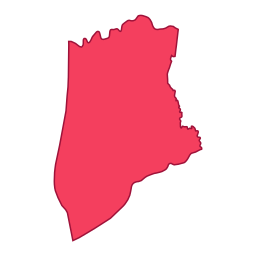 the district of Phu Tan, Cà Mau, Vietnam
{"feature_id": "81297802B51702434363712", "entity_name": "Phu Tan", "entity_type": "district", "adm_level": 2, "iso_a3": "VNM", "parent_name": "Vietnam", "parent_adm1": "Cà Mau", "projection": "equal_earth", "projection_center": [104.939, 8.879], "detail": "fine", "context": "isolated", "style": "filled", "palette": "rose", "viewbox_px": 256, "rotation_deg": 0, "n_neighbors": 0, "source": "geoboundaries", "source_scale": "gbopen_adm2", "svg_char_len": 4829}
<svg xmlns="http://www.w3.org/2000/svg" viewBox="0 0 256 256"><path d="M173.0,26.4L172.2,26.3L170.5,26.0L169.0,26.2L168.1,26.7L165.5,28.2L163.0,28.9L159.9,29.1L157.8,29.5L156.6,29.4L155.7,29.3L155.0,28.9L154.4,28.5L153.9,27.9L153.2,26.8L152.6,25.6L151.6,22.4L150.1,19.7L148.8,18.2L147.9,17.5L145.8,16.6L142.6,15.6L141.2,15.4L140.2,15.4L138.7,15.7L138.1,16.0L137.6,16.7L136.6,18.1L135.8,19.2L135.0,20.0L133.6,20.6L132.5,20.8L131.3,20.8L129.2,20.3L128.1,20.5L127.3,20.9L124.6,22.9L123.0,24.2L122.4,24.9L122.2,25.4L122.0,26.0L121.7,27.6L121.5,29.4L121.2,30.4L121.0,30.9L120.7,31.3L120.3,31.4L120.0,31.3L119.1,30.6L118.3,29.6L117.6,29.1L117.1,28.8L116.7,28.8L116.3,28.8L114.8,29.3L113.6,29.6L112.3,29.5L111.4,29.5L110.8,29.7L110.4,30.1L110.2,30.5L109.9,31.5L109.8,32.1L109.7,33.2L109.4,36.1L109.1,37.0L108.7,37.5L108.1,38.0L107.1,38.4L104.8,39.1L103.4,39.4L102.0,39.2L101.5,38.8L101.1,38.3L100.7,37.3L100.2,35.1L99.6,32.9L99.2,32.0L98.7,31.6L98.3,31.5L97.8,31.4L97.1,31.6L96.4,32.1L94.5,34.3L92.7,36.4L92.1,37.4L91.2,39.5L90.2,41.3L89.4,42.4L88.7,42.7L88.2,42.7L87.9,42.5L87.4,41.9L86.5,39.8L86.0,39.1L85.6,38.6L84.8,38.5L84.2,38.5L83.7,39.0L83.4,39.7L83.3,40.7L83.3,43.2L83.2,44.4L83.0,45.1L82.6,45.8L82.1,46.6L81.6,47.0L81.2,47.0L80.6,46.8L79.7,46.6L78.8,46.0L77.6,45.1L75.6,43.5L73.1,42.3L71.3,41.5L69.6,41.4L68.7,41.4L68.8,44.8L68.4,77.1L68.0,87.1L67.1,96.1L66.0,111.0L62.8,128.3L59.6,145.5L55.6,164.3L55.1,168.0L54.6,172.5L54.3,181.1L54.4,184.3L54.8,188.0L55.4,190.8L58.0,197.6L61.9,205.5L65.7,209.7L67.4,212.7L72.9,240.6L79.2,237.6L94.9,228.2L110.5,218.2L122.5,206.7L123.5,205.7L124.8,204.2L126.5,201.7L127.9,199.5L128.9,197.2L129.7,195.4L130.3,192.9L130.6,191.5L131.1,188.8L131.4,187.0L131.7,185.9L132.1,184.9L132.5,184.3L132.7,184.0L133.7,183.0L135.2,182.2L136.9,181.7L138.6,181.5L140.1,181.0L141.4,180.5L143.7,178.5L145.3,177.2L147.1,176.1L149.5,175.1L152.2,174.1L154.2,173.4L156.4,173.0L159.7,172.2L162.0,171.5L163.3,170.8L165.0,169.9L166.2,169.0L167.0,167.9L167.8,166.5L168.4,164.7L168.7,164.3L169.0,164.0L169.7,163.5L170.4,163.4L171.2,163.4L172.7,164.2L173.4,164.5L174.2,164.8L175.5,164.6L178.4,164.2L181.7,163.3L183.7,162.8L184.6,162.4L185.5,161.6L186.5,160.5L187.7,158.8L189.1,156.3L189.6,155.3L190.2,154.5L190.7,153.9L191.4,153.3L193.0,152.8L195.7,152.0L196.6,151.5L199.3,150.1L200.8,149.4L201.6,149.3L201.7,148.8L201.7,148.4L201.7,148.2L201.6,147.8L201.5,147.6L201.1,147.2L200.2,146.6L200.0,146.3L199.9,146.0L199.9,145.6L200.0,145.3L200.5,144.1L200.7,143.8L200.7,143.3L200.7,142.9L200.6,142.6L199.4,141.0L199.2,140.5L199.2,140.2L199.3,140.0L199.8,139.2L200.2,138.6L200.3,138.3L200.3,138.0L200.2,137.7L199.8,137.3L198.9,137.3L198.1,137.1L197.5,136.7L197.3,136.4L197.2,135.9L197.2,135.4L197.5,134.7L198.2,132.6L198.2,132.0L198.2,131.5L198.1,131.2L197.9,131.0L197.7,130.9L197.4,130.8L196.5,130.8L196.1,130.9L195.8,130.9L195.6,130.7L195.5,130.4L195.1,129.0L194.8,128.2L194.3,127.7L193.3,126.7L192.5,126.2L192.1,126.2L191.8,126.2L191.5,126.2L191.4,126.5L191.4,127.0L191.6,127.5L191.7,127.8L191.8,128.1L191.7,128.3L191.5,128.5L191.3,128.6L191.0,128.6L190.7,128.5L190.3,128.3L190.1,128.2L189.7,128.2L189.4,128.4L188.2,129.1L187.9,129.1L187.7,129.0L187.5,128.7L187.3,127.2L187.2,127.0L187.0,126.8L186.7,126.7L185.9,126.7L184.5,126.8L183.4,126.5L183.0,126.3L182.7,126.2L182.4,126.4L182.2,126.5L181.6,127.7L181.3,127.9L180.9,127.8L180.8,127.7L180.7,127.4L180.5,127.0L180.4,126.4L180.4,125.4L180.3,123.3L180.3,122.8L180.4,122.4L180.7,121.6L180.7,121.1L180.7,120.8L180.5,120.5L179.8,119.6L179.6,119.2L179.6,118.8L179.7,118.3L179.9,118.0L181.3,117.2L181.7,116.9L181.9,116.4L181.9,115.9L181.9,115.0L181.8,114.4L181.8,113.7L181.9,112.8L181.9,112.6L181.5,112.3L181.2,112.2L180.9,112.2L180.2,112.4L179.9,112.3L179.7,112.0L179.6,111.7L179.7,111.4L179.9,111.1L180.2,110.6L180.3,110.2L180.4,109.7L180.3,109.3L180.0,108.7L179.7,108.4L179.0,108.0L178.8,107.7L178.8,107.4L178.8,107.0L179.3,106.7L179.5,106.3L179.4,106.0L179.2,105.7L178.9,105.3L178.7,105.0L178.6,104.6L178.5,104.0L178.0,101.6L177.8,100.9L177.5,100.6L177.3,100.3L177.1,100.3L176.8,100.3L176.2,100.7L176.0,100.2L176.1,99.7L176.2,99.0L176.2,98.7L175.9,98.2L175.7,97.8L175.1,97.3L174.8,97.0L174.6,96.4L174.5,95.7L174.7,94.2L175.1,91.9L175.2,91.6L175.2,91.3L175.1,90.9L174.7,90.3L173.1,90.5L173.0,90.0L172.9,89.7L172.5,89.2L171.8,88.7L170.7,87.5L170.3,86.9L170.0,86.4L169.8,86.0L169.7,85.7L169.7,85.4L167.7,83.3L167.6,79.2L167.4,76.3L167.4,75.7L167.3,75.1L167.3,74.2L167.6,72.7L168.1,71.2L168.8,69.2L169.4,67.8L170.5,64.2L171.6,61.2L171.3,60.9L171.0,60.5L170.7,60.2L170.6,59.6L170.5,59.0L170.7,58.0L171.1,56.9L171.6,55.5L172.7,56.4L173.2,56.6L174.5,56.5L175.0,56.4L175.3,54.3L175.8,49.9L176.4,45.4L177.0,40.0L177.4,36.7L177.9,32.3L178.2,29.9L178.2,29.4L178.0,29.2L176.8,28.7L175.4,28.0L174.3,27.2L173.4,26.5L173.0,26.4Z" fill="#f43f5e" stroke="#9f1239" stroke-width="1.5"/></svg>